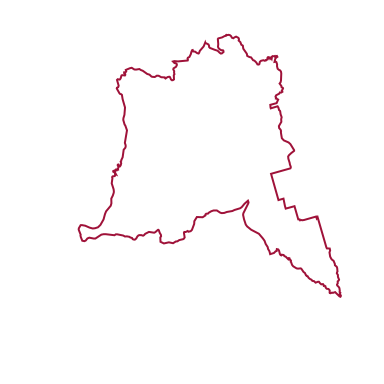 the district of Batang Hari, Jambi, Indonesia, rotated 344°
{"feature_id": "22746128B80000441774097", "entity_name": "Batang Hari", "entity_type": "district", "adm_level": 2, "iso_a3": "IDN", "parent_name": "Indonesia", "parent_adm1": "Jambi", "projection": "robinson", "projection_center": [103.186, -1.853], "detail": "fine", "context": "isolated", "style": "outline", "palette": "rose", "viewbox_px": 384, "rotation_deg": 344, "n_neighbors": 0, "source": "geoboundaries", "source_scale": "gbopen_adm2", "svg_char_len": 5971}
<svg xmlns="http://www.w3.org/2000/svg" viewBox="0 0 384 384"><g transform="rotate(344 192 192)"><path d="M308.8,284.3L306.1,283.4L305.9,282.3L305.8,250.8L304.6,251.8L304.5,249.8L292.1,249.8L290.4,249.6L289.4,249.1L288.0,249.0L287.9,248.0L286.6,247.6L286.6,233.9L277.5,233.8L277.5,230.9L278.1,223.6L272.9,223.6L273.0,196.3L293.1,196.4L293.7,195.7L293.9,194.8L293.7,192.6L293.9,190.9L293.8,186.6L294.2,184.4L295.3,183.4L298.0,182.0L301.5,180.6L301.7,179.9L299.8,173.1L298.5,171.0L294.5,167.7L293.2,165.1L293.8,159.8L294.1,158.4L294.4,158.0L294.3,156.5L293.4,154.6L293.7,152.6L297.2,149.2L297.8,146.6L298.8,144.8L298.6,141.7L299.0,138.8L298.9,138.1L298.3,137.3L298.3,134.7L297.9,133.2L290.8,133.3L290.8,132.3L291.3,129.8L297.8,129.9L300.3,126.9L299.0,125.6L298.4,125.3L298.9,124.4L298.5,123.6L298.6,123.2L299.6,122.2L303.0,121.5L303.9,120.5L305.2,121.0L306.5,120.6L306.3,119.2L307.2,118.6L308.1,117.4L308.0,116.9L307.0,116.0L307.1,114.6L306.1,111.9L307.4,110.9L308.3,109.3L310.5,102.6L310.7,100.9L310.3,99.5L309.2,98.5L308.3,97.1L308.4,94.5L309.0,92.7L308.9,90.4L308.4,89.8L307.2,89.7L308.7,87.0L309.8,86.1L311.3,85.6L311.1,84.6L309.6,84.5L309.1,84.8L309.0,84.1L308.4,84.2L307.0,83.6L305.6,84.1L305.8,84.9L305.3,85.9L305.0,84.7L304.2,84.8L303.9,85.2L303.2,83.7L302.9,83.6L302.7,84.0L302.6,83.4L302.3,83.3L301.7,83.6L301.3,84.6L300.4,85.6L299.4,85.5L299.3,85.9L298.1,85.9L296.9,85.0L294.5,84.9L293.1,85.6L292.0,87.6L291.3,87.9L290.1,87.4L289.5,85.2L288.2,82.9L287.1,82.2L285.9,78.9L284.4,78.1L282.6,76.4L282.8,74.2L280.8,68.4L281.2,65.3L280.0,64.0L279.8,61.3L278.6,59.3L279.3,58.0L279.1,56.6L277.2,54.8L275.3,55.1L274.1,55.6L272.9,54.7L272.5,52.9L271.6,51.6L270.5,51.0L269.5,51.0L268.4,50.4L268.2,50.4L267.7,51.2L266.2,51.1L263.5,51.7L259.6,51.6L259.0,52.1L258.0,57.1L257.0,59.6L257.1,60.5L257.3,61.3L258.2,62.7L259.4,63.9L260.8,64.3L261.1,65.0L260.9,66.1L259.0,67.0L257.9,66.9L257.0,65.8L255.6,63.3L252.8,61.4L248.9,58.4L248.4,57.2L248.7,56.3L248.5,54.7L245.9,52.3L245.9,52.0L243.3,55.3L238.4,58.5L237.2,60.2L236.5,60.7L235.3,60.0L233.6,57.9L231.9,57.2L231.8,55.7L231.2,55.7L229.9,57.3L228.9,59.1L226.7,61.5L225.1,61.8L224.7,62.2L224.5,62.5L224.5,63.9L224.1,64.4L214.5,62.6L211.1,61.3L209.7,61.3L210.7,63.2L212.3,64.2L212.6,64.8L212.5,65.7L211.2,67.2L208.3,68.1L207.8,69.0L208.2,70.9L207.6,72.5L207.6,73.9L206.7,74.7L205.7,78.8L204.6,79.2L203.6,79.1L202.8,78.0L202.5,75.5L201.9,74.9L200.1,74.8L197.8,75.6L197.5,75.2L197.4,74.3L194.1,73.2L192.0,71.1L190.3,70.5L187.9,71.2L185.3,70.2L184.7,69.6L183.5,67.5L181.5,66.2L178.1,61.9L176.5,60.7L175.3,59.3L171.9,58.9L170.3,58.3L168.3,56.0L166.4,55.9L162.0,56.4L162.0,58.0L161.1,58.6L159.8,58.2L159.5,58.9L160.3,60.4L160.1,61.1L159.6,61.5L157.0,60.4L156.3,60.6L154.8,63.0L153.8,63.9L153.1,63.9L151.7,63.1L150.8,63.6L150.8,69.6L149.9,70.9L148.6,71.1L148.2,71.8L149.5,77.2L150.0,78.0L150.9,78.5L151.4,79.3L150.9,83.6L150.9,92.3L148.3,99.2L146.4,102.2L145.8,103.8L145.8,108.6L146.2,109.7L146.5,114.8L141.0,126.3L141.1,128.7L140.7,130.2L140.0,131.2L138.0,132.5L134.9,139.5L132.8,141.9L132.6,142.6L131.8,143.1L131.9,144.8L130.8,146.7L129.8,147.5L129.6,147.4L129.4,146.5L128.7,146.3L128.8,145.3L128.2,145.3L127.9,146.0L128.3,147.9L127.2,149.2L127.1,150.2L126.8,150.2L126.4,149.5L125.7,150.3L125.0,149.6L124.3,150.5L123.7,149.9L122.0,150.2L121.9,150.8L123.5,152.6L123.8,154.1L123.0,153.4L122.7,154.8L122.1,155.4L120.0,155.1L119.3,155.7L119.3,156.8L117.2,161.6L117.4,167.7L117.1,169.7L116.6,171.1L114.9,173.6L112.6,176.1L111.4,180.7L110.1,182.8L104.1,186.9L102.3,189.2L99.4,194.0L94.9,198.4L91.9,200.0L88.7,200.1L86.5,199.7L83.7,198.0L80.1,195.0L77.1,193.5L75.8,193.2L73.2,195.7L72.7,197.0L73.2,202.4L72.8,203.0L72.7,204.6L73.1,208.6L75.0,209.6L76.4,209.4L78.7,207.8L80.7,207.6L84.8,209.7L86.3,210.1L93.1,208.0L95.4,208.2L97.5,208.8L105.6,212.2L107.0,211.7L108.5,212.1L113.9,214.9L115.3,216.3L117.2,216.7L119.6,217.9L120.0,218.6L121.7,219.7L122.0,221.0L123.3,221.9L124.2,222.0L125.6,221.3L127.2,219.7L128.5,219.0L129.4,218.9L131.4,219.5L132.9,220.5L133.9,220.3L135.5,219.3L139.6,218.5L144.4,220.7L145.6,220.5L148.8,219.0L149.3,219.1L149.6,219.8L149.7,222.2L150.3,224.6L150.1,226.0L149.0,227.0L148.0,231.2L150.8,233.7L155.9,234.0L159.7,236.0L162.8,235.1L164.4,235.4L166.5,234.7L170.4,234.9L171.2,234.7L172.4,233.7L173.0,229.0L173.6,228.3L174.9,228.7L177.1,228.3L177.6,229.2L179.9,229.3L181.5,228.4L185.3,223.3L186.2,220.7L189.8,217.4L195.3,219.2L198.5,218.2L198.7,217.3L199.7,216.8L201.3,217.2L202.5,216.5L205.3,215.8L207.7,215.7L210.8,216.6L213.3,219.5L214.5,220.4L215.6,220.7L217.3,221.0L220.0,220.8L225.5,221.4L227.9,221.0L233.8,220.9L235.7,220.2L239.2,217.8L243.4,215.8L243.5,217.5L242.9,218.5L235.5,226.6L234.8,228.1L234.5,232.5L234.7,238.1L235.5,240.3L238.5,244.6L244.8,250.6L247.3,256.1L248.3,258.9L248.5,262.2L249.6,265.9L249.4,267.6L250.1,270.3L250.0,273.3L254.0,273.2L256.1,272.0L257.0,272.1L257.8,270.3L259.1,271.0L259.5,272.4L259.4,275.9L259.8,277.1L260.4,277.5L260.9,277.0L262.7,277.8L263.2,279.2L264.2,279.9L266.2,283.6L266.5,283.7L266.9,282.3L267.4,282.5L267.4,283.3L268.2,285.2L267.7,286.2L267.9,286.4L268.1,289.6L268.8,291.3L271.4,294.2L272.8,294.9L275.2,295.3L275.9,295.8L277.2,299.7L278.2,300.9L278.6,303.5L279.0,303.7L279.2,304.5L279.9,304.8L280.4,306.6L281.3,308.0L282.7,309.3L283.2,310.6L284.7,311.3L285.8,313.2L288.5,313.0L289.3,313.3L289.8,314.8L290.8,316.4L292.5,316.6L292.8,317.4L292.8,318.6L293.7,318.7L294.3,319.4L294.1,320.5L294.5,321.6L294.9,322.2L296.4,322.8L297.0,323.8L297.2,324.9L296.6,326.4L296.6,327.1L297.3,327.5L298.9,327.3L299.6,327.8L302.0,327.7L305.0,333.0L305.8,333.6L306.5,332.9L306.5,332.2L305.8,330.8L306.8,329.8L306.3,328.7L306.8,327.8L307.2,325.0L306.9,323.8L305.9,322.0L305.8,321.4L305.9,320.9L306.9,320.0L307.4,318.1L308.6,317.5L309.2,316.8L308.9,313.8L309.4,311.9L308.8,310.1L309.3,309.1L309.9,308.6L310.6,305.1L310.5,303.7L309.2,301.8L309.5,300.4L309.1,297.1L308.1,295.9L307.5,294.7L307.0,292.2L307.5,288.0L308.7,286.2L308.8,284.3Z" fill="none" stroke="#9f1239" stroke-width="2"/></g></svg>